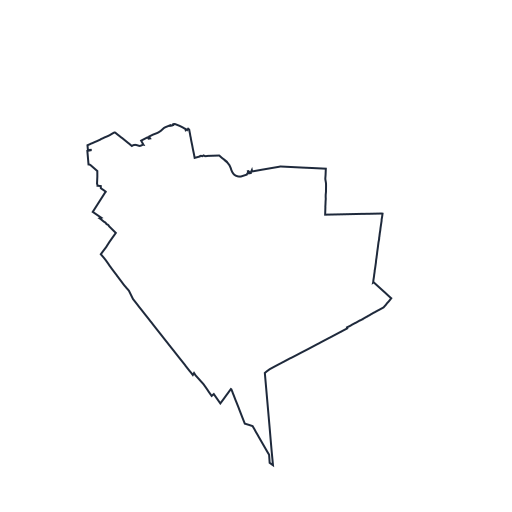 De Bilt, Utrecht, Netherlands (Albers equal-area conic projection), rotated 147°
{"feature_id": "6326949B89861616771264", "entity_name": "De Bilt", "entity_type": "district", "adm_level": 2, "iso_a3": "NLD", "parent_name": "Netherlands", "parent_adm1": "Utrecht", "projection": "albers", "projection_center": [5.169, 52.145], "detail": "fine", "context": "isolated", "style": "outline", "palette": "slate", "viewbox_px": 512, "rotation_deg": 147, "n_neighbors": 0, "source": "geoboundaries", "source_scale": "gbopen_adm2", "svg_char_len": 5917}
<svg xmlns="http://www.w3.org/2000/svg" viewBox="0 0 512 512"><g transform="rotate(147 256 256)"><path d="M355.7,71.3L348.8,84.5L342.3,96.7L339.4,102.1L312.3,153.1L309.8,153.4L306.1,153.6L301.0,153.2L282.9,151.6L282.0,151.4L276.0,150.8L271.3,150.4L263.4,149.6L251.9,148.6L251.5,148.5L248.5,148.3L218.9,145.6L218.6,146.6L217.7,146.5L216.3,146.3L215.7,146.2L214.3,146.1L213.3,146.1L212.9,146.1L209.5,145.8L209.3,145.8L209.2,145.7L208.9,145.7L208.3,145.6L203.9,145.4L203.7,145.3L203.6,145.2L201.3,145.0L201.1,144.9L201.0,145.0L200.4,145.0L198.8,144.9L198.4,144.9L197.1,144.8L196.2,144.8L196.0,144.7L195.6,144.6L195.2,144.6L194.8,144.7L194.5,144.7L193.2,144.5L192.9,144.5L192.3,144.5L191.1,144.5L190.1,144.4L189.3,144.4L187.8,144.3L187.6,144.2L186.1,144.1L185.4,144.1L185.0,144.0L184.1,144.0L182.4,143.8L177.1,143.4L176.7,143.5L174.9,144.0L173.7,144.3L171.9,145.0L169.4,145.6L167.9,146.1L167.0,146.4L165.6,146.9L165.7,147.2L166.5,150.2L166.8,151.4L167.3,153.4L167.8,155.4L168.1,156.4L171.6,169.7L171.7,169.9L171.8,169.9L172.1,169.9L172.3,169.9L171.7,170.5L170.6,171.9L168.7,174.0L167.0,176.0L166.9,176.2L166.7,176.4L166.3,176.8L165.1,178.2L164.9,178.4L164.7,178.7L164.6,178.9L163.1,180.5L159.0,185.2L158.0,186.5L157.0,187.7L155.8,189.0L155.0,190.0L154.8,190.2L153.5,191.7L152.2,193.3L148.3,197.8L147.6,198.7L147.4,198.9L145.6,201.0L143.9,202.7L143.6,203.2L143.4,203.3L142.7,204.3L141.4,205.7L141.0,206.3L140.2,207.1L140.0,207.4L139.9,207.6L139.6,207.9L139.2,208.3L138.5,209.1L138.2,209.4L137.7,210.0L137.2,210.6L136.2,211.8L133.2,215.2L133.0,215.4L132.5,216.0L132.2,216.3L131.6,217.0L130.6,218.4L130.0,219.0L129.9,219.1L128.8,220.3L126.8,222.6L127.1,222.9L128.3,223.7L138.0,229.7L139.1,230.4L145.6,234.5L148.2,236.1L161.8,244.5L175.5,253.0L174.6,254.3L173.2,256.3L171.4,258.9L171.1,259.4L170.8,259.9L170.1,260.8L169.1,262.2L167.7,264.2L167.0,265.1L166.4,265.9L165.4,267.6L164.8,268.5L164.2,269.4L163.8,269.9L162.6,271.4L161.8,272.5L161.6,272.9L161.1,273.6L159.5,276.0L158.9,276.9L158.6,277.4L157.9,278.5L157.4,279.5L157.1,280.2L156.7,281.1L156.2,282.3L156.0,282.6L155.9,282.9L155.1,284.0L153.5,286.1L149.9,291.2L160.7,299.0L168.4,304.5L186.8,317.8L188.6,318.5L200.9,323.8L202.1,324.3L203.2,324.8L213.2,329.0L212.7,330.3L214.6,329.1L215.2,328.4L215.4,328.5L215.3,328.8L216.0,329.0L215.9,329.3L215.9,329.6L215.9,330.0L216.1,331.3L216.6,331.5L216.8,330.9L217.4,329.5L218.1,330.0L219.4,329.4L219.5,329.3L225.5,330.9L225.9,331.2L226.9,331.8L227.9,332.7L228.6,333.6L229.1,334.2L229.5,335.0L229.9,335.9L230.1,336.8L230.2,337.7L230.2,339.2L230.1,340.0L229.8,341.8L229.4,343.1L229.2,344.1L228.9,346.1L228.8,346.5L228.9,347.1L229.0,349.0L229.2,350.3L229.8,352.3L229.5,352.2L230.2,354.3L230.5,355.1L230.7,355.5L231.3,357.3L232.1,360.3L241.9,366.2L242.8,366.6L244.3,367.4L245.2,368.9L246.6,368.9L247.6,370.0L248.3,370.3L248.9,370.2L249.0,370.1L254.0,371.7L252.6,375.1L250.7,380.0L250.0,381.7L249.3,383.4L247.5,388.0L246.8,389.7L246.2,391.0L245.8,392.2L244.7,394.7L244.2,396.0L243.2,398.4L243.6,399.7L245.3,399.1L245.7,400.5L246.2,400.3L246.0,400.8L247.3,403.5L248.5,405.6L249.3,406.9L251.5,410.0L252.1,410.8L252.9,411.4L253.8,411.6L254.1,410.9L255.6,411.5L255.7,411.3L257.1,411.9L256.9,412.4L262.0,413.4L263.5,413.5L267.7,412.8L269.2,412.8L270.6,412.8L272.1,413.0L276.3,413.9L280.6,414.4L280.8,414.2L280.8,412.3L282.2,412.9L282.2,414.4L282.4,414.6L289.5,415.3L289.8,410.7L290.0,410.9L292.7,411.3L293.4,411.6L293.7,411.7L294.0,412.0L295.5,413.8L296.5,414.8L297.5,415.4L298.6,415.8L300.2,415.9L301.1,418.8L301.1,419.0L301.6,420.3L303.4,425.9L304.0,427.8L304.2,428.2L304.6,429.2L304.8,429.9L305.5,432.0L305.8,432.8L306.0,433.4L306.6,435.3L306.8,436.0L307.0,436.2L307.0,436.3L307.2,436.5L307.3,436.6L307.5,436.7L308.0,436.8L309.4,436.9L312.2,437.0L312.6,437.0L314.5,437.2L315.5,437.4L315.8,437.4L318.7,438.0L318.9,438.0L319.2,438.0L320.7,438.2L322.3,438.5L323.0,438.4L327.1,439.0L328.6,439.3L331.9,439.8L333.1,440.1L334.3,440.2L336.6,440.6L336.9,440.7L337.0,440.7L339.2,436.5L336.8,435.0L337.0,434.7L340.2,436.0L346.6,424.0L346.1,423.6L345.8,423.3L345.5,422.8L345.2,422.1L342.8,413.7L345.9,408.9L349.9,403.3L350.2,402.2L350.4,401.7L350.5,401.3L350.6,401.2L348.1,399.2L349.2,397.4L348.7,396.0L348.1,394.7L347.0,391.8L347.0,391.7L347.8,391.5L368.9,381.9L366.9,377.1L366.2,375.4L364.9,372.3L366.6,372.7L366.2,371.8L365.8,370.6L365.4,369.2L364.6,366.9L364.3,366.6L364.1,366.1L364.1,365.8L364.0,365.2L364.0,364.8L364.0,364.5L364.0,364.2L363.8,363.9L363.7,363.6L363.3,363.1L363.2,362.9L363.1,362.5L363.0,362.2L363.0,361.2L363.0,360.8L361.0,351.7L363.0,350.9L366.1,349.7L371.1,347.7L375.3,345.8L376.5,345.2L378.4,344.5L381.2,343.5L385.2,342.0L384.6,337.6L384.3,334.5L384.1,329.6L384.1,327.5L384.0,326.3L383.9,323.9L383.5,318.3L383.3,315.9L383.3,314.7L383.2,314.0L383.0,310.7L382.8,308.1L382.6,304.6L382.4,302.5L382.2,301.4L382.0,299.5L381.7,297.8L381.5,296.0L382.6,286.9L382.3,283.7L381.9,279.2L381.8,277.4L381.4,273.5L380.8,266.8L380.3,261.7L380.1,258.9L379.9,257.4L379.8,256.3L379.7,254.7L379.1,248.0L379.0,246.9L378.9,245.9L377.9,234.9L377.7,232.9L377.6,232.1L377.3,228.2L377.2,227.7L377.1,226.3L376.8,223.2L376.7,222.1L376.6,221.5L376.5,220.0L375.7,211.3L375.0,204.2L374.9,203.1L374.9,202.7L374.9,202.1L374.7,200.3L374.7,200.0L374.4,196.9L374.4,196.6L374.0,193.4L373.8,190.6L371.7,191.6L371.7,191.3L371.7,190.4L371.7,189.0L371.7,188.7L371.5,187.6L370.5,181.2L370.1,178.8L369.8,176.7L369.8,175.6L369.7,173.7L369.6,170.5L369.6,168.0L369.6,167.8L369.5,165.3L369.4,162.8L366.6,163.2L366.4,157.2L366.2,151.8L361.3,153.6L356.4,155.5L354.2,156.3L353.2,156.7L352.7,156.9L350.8,157.6L349.5,158.1L349.3,157.6L349.8,154.9L350.2,153.3L350.5,151.6L350.8,150.2L351.6,146.5L352.1,143.8L353.3,137.8L353.5,137.0L354.5,132.2L355.3,128.4L356.7,121.5L355.5,120.1L353.9,118.2L351.5,115.2L351.7,110.9L351.9,108.9L352.1,104.2L352.2,103.4L353.1,86.5L353.2,84.2L353.2,83.3L353.3,82.1L357.2,75.1L355.7,71.3Z" fill="none" stroke="#1e293b" stroke-width="2"/></g></svg>